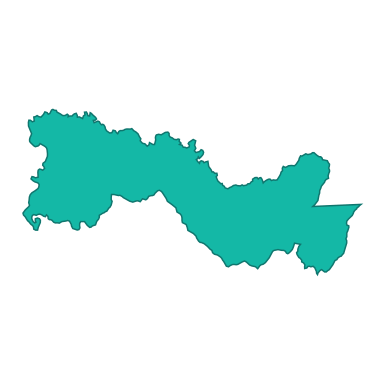 Amaralina, Goiás, Brazil (Robinson projection)
{"feature_id": "56859067B2639795556258", "entity_name": "Amaralina", "entity_type": "district", "adm_level": 2, "iso_a3": "BRA", "parent_name": "Brazil", "parent_adm1": "Goiás", "projection": "robinson", "projection_center": [-49.631, -13.842], "detail": "fine", "context": "isolated", "style": "filled", "palette": "teal", "viewbox_px": 384, "rotation_deg": 0, "n_neighbors": 0, "source": "geoboundaries", "source_scale": "gbopen_adm2", "svg_char_len": 5968}
<svg xmlns="http://www.w3.org/2000/svg" viewBox="0 0 384 384"><path d="M138.0,133.8L135.8,131.9L133.9,130.8L131.8,128.6L130.4,129.1L126.8,129.0L125.0,129.4L123.5,130.3L122.0,130.6L120.2,130.6L118.8,131.5L117.7,133.7L116.3,132.5L115.3,130.8L113.1,130.2L111.9,132.7L109.7,133.0L106.7,130.9L105.5,129.0L105.0,126.8L103.9,125.0L102.7,124.3L101.4,124.8L100.2,123.4L99.4,121.8L97.9,121.1L94.1,122.7L93.3,120.4L95.4,120.1L96.5,119.0L95.6,117.4L92.4,114.6L91.5,113.5L90.2,112.7L89.6,116.0L87.9,115.7L87.4,113.8L86.4,112.0L84.5,112.2L85.0,114.8L83.4,116.0L82.6,118.5L79.2,116.9L77.4,117.2L77.2,115.3L76.2,113.3L74.3,113.9L73.1,114.8L72.1,116.0L69.8,116.0L68.2,116.7L68.4,115.2L67.2,114.2L65.1,115.5L62.8,115.6L60.3,113.9L57.0,112.1L56.3,110.4L54.5,110.3L52.9,109.4L51.6,110.0L49.8,113.5L48.2,114.2L47.2,112.7L44.9,111.9L43.5,114.4L41.0,117.1L38.9,116.7L37.1,115.6L35.3,116.7L33.8,117.0L34.3,121.0L32.3,121.8L30.5,120.3L28.9,120.2L28.4,122.4L28.5,126.0L31.6,133.6L31.0,135.6L30.2,137.1L29.6,139.2L29.6,141.1L30.3,142.4L33.8,145.8L35.3,146.7L38.2,145.9L39.3,144.9L40.1,143.6L44.5,146.1L45.7,147.0L46.6,148.1L47.1,149.8L47.5,153.8L47.4,156.4L45.3,161.5L43.0,163.3L42.7,165.2L43.8,166.5L44.6,168.4L42.7,170.2L41.1,169.4L39.5,169.1L38.2,170.2L37.9,172.2L38.1,177.2L35.4,177.8L33.6,176.9L32.0,176.6L31.0,178.9L33.0,180.7L34.9,181.9L37.8,182.8L39.2,184.5L38.8,186.9L38.1,188.5L34.9,190.9L31.9,192.8L30.3,194.6L29.4,197.0L29.1,200.4L28.7,202.7L29.5,205.2L28.9,206.5L25.2,210.0L23.0,213.1L23.5,215.0L25.2,216.8L27.6,220.7L29.1,222.0L30.8,224.2L32.5,225.5L33.4,226.7L33.8,229.2L35.6,230.1L37.6,230.1L38.2,227.5L40.3,222.5L40.4,220.3L39.5,218.8L37.5,218.0L35.3,218.8L35.3,220.9L36.0,222.1L34.8,222.9L33.1,221.7L31.8,218.8L31.8,216.8L32.4,215.5L33.7,214.6L36.3,215.3L38.0,214.4L39.9,214.1L41.6,214.8L43.8,216.3L45.4,216.7L46.5,214.9L48.0,216.4L48.2,218.7L49.3,219.6L50.8,219.7L52.0,220.3L53.7,222.2L55.3,222.9L57.1,222.8L59.4,223.1L61.8,221.6L66.0,221.0L67.6,220.5L69.5,221.1L71.3,224.5L71.5,226.0L72.8,228.5L77.2,230.0L78.9,229.6L79.9,227.9L79.6,225.4L79.7,223.3L80.7,221.6L84.5,221.6L87.3,225.4L89.7,227.4L91.1,227.1L92.4,225.9L95.5,224.9L96.7,221.4L98.6,219.1L99.3,217.3L99.3,215.3L101.2,214.2L102.5,213.3L104.2,212.7L105.4,211.7L106.8,211.2L108.8,208.1L109.9,207.3L111.2,205.0L112.1,201.3L111.2,199.6L111.2,197.4L111.5,194.5L114.0,194.5L118.4,195.5L120.0,195.3L122.3,196.6L123.3,197.6L129.8,201.2L132.8,202.1L136.2,201.0L137.9,200.8L140.2,201.7L142.5,198.8L145.8,199.8L147.4,198.6L148.7,196.3L150.7,195.7L152.7,195.5L154.0,194.9L155.0,193.3L157.7,190.7L159.5,190.3L161.5,191.5L162.7,193.1L166.2,198.5L167.4,201.3L172.0,204.6L175.9,207.8L177.0,212.0L180.3,214.0L181.5,215.7L182.0,217.8L182.0,220.5L182.4,222.6L186.2,224.5L187.3,227.6L187.9,230.4L193.4,233.5L196.1,236.2L196.6,237.9L198.6,241.1L200.1,242.4L201.4,242.5L204.2,243.7L207.5,246.4L210.1,249.2L211.9,250.4L212.6,252.7L214.4,254.2L217.5,255.0L220.5,257.0L221.7,258.3L222.7,260.2L223.6,261.3L226.4,266.2L228.6,266.8L229.8,265.8L232.2,264.6L233.9,264.4L236.2,264.7L237.8,264.4L242.5,261.8L244.6,261.0L246.5,262.1L249.6,265.0L251.8,265.9L255.5,266.7L257.7,268.7L259.9,265.6L261.0,264.8L263.2,264.2L265.4,262.6L269.2,257.8L272.6,251.4L274.0,250.4L278.0,249.6L281.5,250.3L283.9,250.4L285.4,251.3L286.5,253.1L287.8,253.7L289.3,252.7L291.4,250.6L292.4,249.3L293.5,246.6L294.5,243.2L300.5,244.3L298.8,246.5L297.9,249.1L297.8,251.2L296.6,252.7L297.1,254.6L298.9,257.5L300.1,258.2L301.7,260.2L301.7,261.9L303.6,262.9L304.9,264.9L304.6,266.8L304.7,268.5L306.8,268.0L307.9,266.4L309.6,266.3L310.8,266.8L313.1,266.3L314.8,267.8L316.4,271.4L316.6,273.3L317.5,274.6L318.0,273.0L320.0,270.5L321.6,269.6L324.6,271.9L326.3,271.9L327.6,270.7L329.3,269.7L332.8,264.8L335.0,260.5L336.8,259.7L338.0,257.8L339.8,256.6L341.3,256.1L342.4,254.6L343.6,253.4L346.7,243.0L346.7,240.7L345.9,238.9L346.8,236.7L346.8,232.8L347.7,231.0L348.9,227.2L348.7,225.7L347.1,225.3L346.5,223.4L346.8,221.1L348.6,218.9L352.2,215.5L353.2,213.6L353.8,211.8L355.1,210.1L356.6,208.9L357.2,207.6L358.4,206.9L359.6,205.5L361.0,204.4L312.8,206.5L314.8,204.6L317.9,200.5L318.9,195.1L319.6,193.1L319.7,190.6L320.7,188.4L321.4,186.2L324.5,182.3L325.1,180.7L326.2,179.4L328.5,178.3L328.1,175.9L328.8,173.3L329.5,171.7L329.5,170.1L328.7,168.1L329.3,166.1L329.5,164.2L328.5,163.0L327.3,160.7L322.5,159.7L322.1,158.1L320.8,156.8L319.0,156.7L316.8,155.2L314.0,152.7L312.5,152.7L310.9,153.9L307.8,154.6L305.8,153.8L301.9,156.1L300.6,155.8L299.3,158.2L298.8,160.3L296.0,164.5L294.5,165.8L291.4,165.5L288.5,165.8L286.9,166.8L285.2,167.4L283.3,166.4L282.3,168.2L282.5,170.7L281.1,172.1L280.6,174.0L279.7,175.8L277.2,179.8L275.4,180.2L273.5,179.9L271.4,180.5L270.0,179.1L268.6,179.2L267.2,179.8L265.7,180.7L264.1,181.9L263.2,182.9L262.6,180.8L261.7,178.8L260.8,177.6L259.4,177.9L258.2,179.0L257.0,177.5L255.0,177.6L252.6,179.2L252.7,181.1L251.2,181.9L249.8,183.7L247.9,183.8L246.6,185.1L243.5,185.7L242.1,184.9L240.3,185.9L237.3,185.6L235.9,185.0L233.4,185.5L231.6,186.8L229.8,187.5L227.9,188.8L225.1,187.9L224.3,186.3L222.7,185.4L222.2,183.5L220.8,183.7L217.8,180.9L216.8,178.6L216.2,176.7L217.3,175.4L216.9,173.3L214.7,173.3L213.4,171.9L212.0,171.9L211.1,169.8L208.7,166.5L207.9,161.3L205.7,161.9L204.0,162.7L203.1,161.4L201.2,160.8L199.9,161.7L199.5,163.3L197.6,161.5L196.3,159.5L197.8,158.6L198.3,156.9L199.4,158.4L201.3,156.6L203.0,154.5L203.6,152.3L202.7,150.4L201.1,149.7L199.5,151.6L195.9,152.5L194.4,150.8L195.8,148.3L194.6,145.3L195.7,140.8L193.2,139.5L188.9,142.4L188.2,143.7L189.4,145.1L189.2,146.9L186.7,148.0L184.9,147.2L183.3,147.3L182.0,145.1L179.5,144.5L181.0,143.1L179.2,141.3L179.4,139.4L178.1,139.0L176.4,139.7L174.0,139.3L172.3,137.9L170.1,137.0L169.1,135.5L169.1,133.4L167.9,132.1L165.3,132.4L161.2,134.8L158.6,134.3L156.4,134.9L155.7,136.1L155.4,137.7L155.7,139.7L155.2,142.1L154.5,144.5L152.9,144.5L149.5,142.6L149.0,144.8L147.2,146.2L144.9,143.8L142.5,143.3L140.2,140.8L140.8,138.7L139.5,136.9L138.0,133.8Z" fill="#14b8a6" stroke="#0f766e" stroke-width="1.5"/></svg>